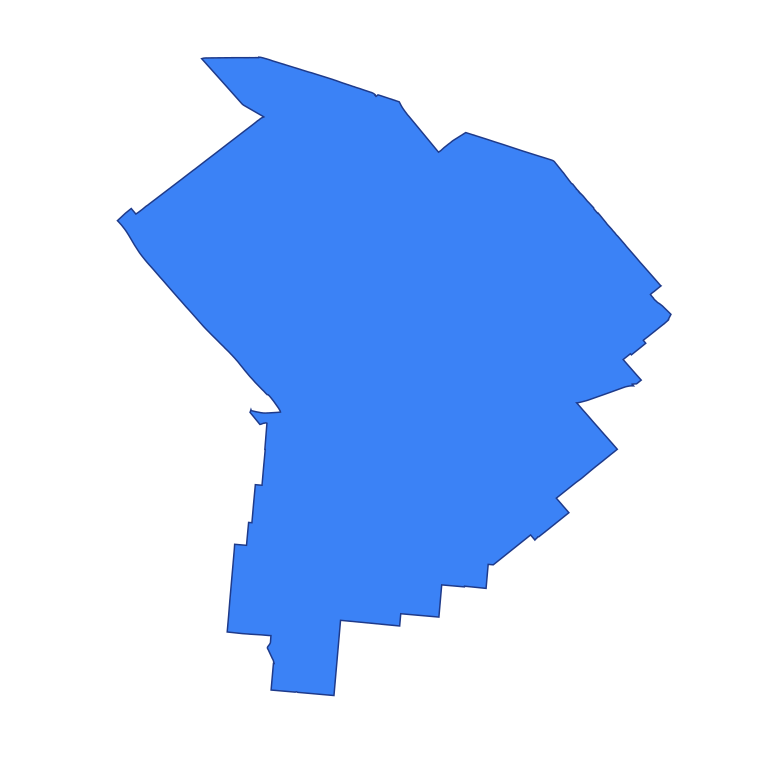 Gosnells, Western Australia, Australia, rotated 95°
{"feature_id": "25037944B22326870513085", "entity_name": "Gosnells", "entity_type": "district", "adm_level": 2, "iso_a3": "AUS", "parent_name": "Australia", "parent_adm1": "Western Australia", "projection": "natural_earth1", "projection_center": [115.98, -32.068], "detail": "fine", "context": "isolated", "style": "filled", "palette": "blue", "viewbox_px": 768, "rotation_deg": 95, "n_neighbors": 0, "source": "geoboundaries", "source_scale": "gbopen_adm2", "svg_char_len": 6031}
<svg xmlns="http://www.w3.org/2000/svg" viewBox="0 0 768 768"><g transform="rotate(95 384 384)"><path d="M698.7,460.9L698.7,454.2L698.7,445.5L698.2,444.6L698.7,443.0L698.7,435.6L698.7,406.7L668.1,406.7L652.1,406.7L650.1,406.7L644.5,406.7L636.8,406.7L623.2,406.7L623.7,347.3L611.4,347.3L611.4,309.0L605.5,309.0L579.1,309.0L579.1,290.0L579.1,286.2L578.4,286.2L578.7,264.5L554.6,264.5L554.6,259.4L521.6,224.8L526.3,220.1L525.8,219.8L524.7,218.8L523.8,218.0L523.5,217.8L522.9,217.5L522.8,216.6L516.4,209.8L512.0,205.2L496.1,188.6L482.7,202.4L475.2,194.5L465.2,184.0L461.2,179.4L452.1,170.3L447.5,165.6L446.5,164.5L444.4,162.3L441.3,159.0L439.8,157.5L435.2,152.7L434.6,152.1L428.7,145.9L420.5,154.4L418.9,156.1L415.3,159.9L411.5,163.9L410.5,164.9L402.4,173.4L400.8,175.0L395.9,180.1L395.5,180.5L392.2,184.0L391.0,185.2L388.0,188.3L386.0,190.4L385.9,189.7L385.2,187.2L384.5,185.2L383.8,183.3L383.1,181.3L382.3,179.3L382.2,179.1L381.2,176.9L377.1,167.9L375.8,165.0L372.6,158.0L366.8,145.5L366.4,144.6L366.0,143.7L365.6,142.7L365.3,141.7L365.0,140.7L364.7,139.7L364.5,138.7L364.3,137.7L364.2,136.5L364.1,135.3L363.3,136.2L362.6,136.8L362.4,136.1L361.8,132.4L360.5,131.0L357.7,128.1L353.0,133.1L348.3,138.0L343.5,143.0L338.8,147.9L332.4,141.2L333.4,140.1L326.9,133.3L324.9,131.2L320.9,127.1L320.6,126.8L317.9,129.5L317.6,129.3L312.8,124.1L312.5,123.8L303.9,114.8L299.1,109.7L295.4,106.2L295.1,106.1L295.0,106.4L294.5,106.2L291.8,105.1L289.6,104.2L282.0,113.4L280.1,116.3L279.0,118.5L277.5,120.4L277.2,120.7L276.9,121.3L276.2,122.0L275.5,122.8L275.3,123.0L274.9,123.1L274.2,123.9L272.6,125.5L271.6,126.4L270.6,125.5L269.4,124.3L268.4,123.1L264.3,118.9L262.1,116.6L261.9,117.0L256.5,122.6L256.2,122.9L241.4,138.4L241.1,138.8L236.6,143.3L233.6,146.4L225.7,154.6L225.3,155.0L224.9,155.3L216.4,164.0L215.1,165.6L213.2,167.3L211.3,169.4L209.9,170.7L205.4,175.6L203.7,177.1L200.1,180.6L196.7,183.9L195.0,185.7L195.3,186.0L193.9,187.5L191.2,190.2L190.2,190.5L185.7,195.5L184.0,197.5L180.1,201.3L179.3,202.1L177.1,204.7L176.7,205.2L176.9,205.3L175.5,206.8L175.3,206.6L173.6,208.5L173.4,208.7L173.3,208.9L173.3,209.2L173.0,209.2L172.8,209.3L172.6,209.5L170.3,211.7L168.4,213.5L167.9,214.7L165.5,216.9L161.1,220.9L160.3,221.6L157.8,223.8L157.2,224.5L152.3,229.2L150.9,230.5L148.8,232.6L148.4,232.9L148.0,233.3L147.6,233.7L147.0,234.6L146.6,235.6L146.3,236.6L144.8,243.3L143.6,248.9L139.7,266.5L139.6,266.9L137.0,277.9L135.2,285.5L135.1,285.9L133.3,294.0L131.1,303.4L126.4,324.5L135.1,336.0L136.1,337.2L137.0,338.1L138.0,339.1L139.5,340.8L140.2,341.5L141.8,343.2L143.2,344.7L145.4,346.7L146.6,347.8L147.8,349.3L148.3,349.9L123.1,374.7L114.9,382.8L113.7,384.1L112.3,385.3L110.9,386.6L109.5,387.8L108.2,388.9L106.8,390.0L105.1,391.2L102.4,392.9L101.6,393.4L100.8,396.8L97.1,412.3L96.5,415.2L97.8,416.6L98.2,417.0L97.4,417.8L97.1,418.2L96.6,418.0L95.8,419.2L95.3,420.2L94.7,421.8L94.4,423.3L93.6,426.6L93.4,427.5L92.9,429.6L92.3,432.0L91.9,433.5L91.6,434.9L91.1,437.3L90.9,438.1L90.4,439.9L90.3,440.7L89.4,444.2L89.3,444.8L89.1,445.4L88.9,446.4L88.3,448.9L88.0,450.1L87.8,451.1L87.2,453.4L85.9,458.3L85.6,459.7L85.1,461.6L83.2,470.1L81.5,477.9L80.3,483.2L79.8,486.2L78.7,491.2L75.6,505.5L72.6,519.4L71.8,523.2L71.7,523.6L71.3,525.0L70.9,526.7L70.7,527.7L70.2,530.1L70.1,530.9L69.7,532.7L69.6,533.5L69.4,534.7L69.3,535.6L69.3,536.6L69.3,537.3L69.8,537.3L70.6,546.0L70.6,546.3L70.6,546.6L70.7,546.9L71.8,559.8L74.4,586.5L74.6,588.1L74.7,589.7L74.8,590.4L75.1,592.1L75.6,593.5L75.8,594.0L81.6,587.8L86.1,583.0L101.4,566.7L117.0,550.2L117.3,549.9L117.9,549.1L118.4,548.3L118.8,547.5L126.3,531.4L128.1,527.5L128.4,527.0L128.7,527.5L129.0,528.1L129.2,528.5L129.5,528.9L129.8,529.4L130.0,529.7L130.2,529.9L130.4,530.2L130.7,530.5L131.6,531.4L131.9,531.7L132.4,532.3L132.7,532.8L134.3,534.4L137.6,537.9L142.5,543.3L150.1,551.6L150.4,551.9L154.8,556.7L159.0,561.3L160.5,562.9L169.8,573.0L177.0,580.9L186.7,591.4L187.7,592.6L202.2,608.4L209.2,616.1L225.4,633.9L226.1,634.6L226.7,635.3L227.3,636.1L227.6,636.5L231.1,640.0L234.6,643.9L236.3,646.0L233.5,648.8L231.2,651.1L236.3,656.4L244.5,663.8L245.9,662.2L247.4,660.6L248.5,659.4L251.1,657.0L252.6,655.6L253.9,654.5L255.5,653.2L256.5,652.5L257.6,651.6L259.7,650.1L267.4,644.6L272.8,640.4L274.7,638.9L276.6,637.2L277.5,636.4L281.6,632.5L283.5,630.6L286.0,628.0L288.2,625.6L294.6,619.0L297.5,616.0L299.9,613.4L303.7,609.5L311.5,601.4L317.8,594.8L318.9,593.6L319.2,593.3L321.1,591.3L324.1,588.2L326.0,586.1L330.5,581.3L338.7,572.7L342.4,568.8L344.8,566.1L345.9,564.8L349.5,560.6L351.5,558.2L353.9,555.3L355.9,552.9L357.8,550.7L359.5,548.6L360.7,547.1L362.0,545.7L364.1,543.1L365.0,542.0L366.2,540.6L367.4,539.3L368.4,538.1L369.5,536.9L371.5,534.7L372.8,533.4L373.8,532.3L375.1,531.0L376.5,529.7L378.2,528.1L379.2,527.1L382.6,523.9L383.6,522.9L384.6,521.9L385.4,521.1L385.6,520.9L386.5,520.0L388.2,518.3L389.2,517.2L390.1,516.2L391.3,514.9L393.7,512.4L396.1,509.6L397.4,508.1L398.0,507.4L398.6,506.7L399.5,505.7L400.4,504.6L401.6,503.1L402.9,501.7L403.8,500.7L404.4,499.9L404.8,499.5L404.8,498.5L405.9,497.1L407.2,495.8L410.7,492.5L417.2,487.0L420.0,485.0L421.0,484.7L421.6,487.9L422.3,492.7L422.9,496.6L423.1,498.3L423.3,499.6L423.4,501.7L423.3,504.5L423.1,505.8L422.9,508.2L422.4,511.8L422.1,513.9L421.2,514.3L423.3,514.8L423.9,515.0L424.1,514.8L435.1,504.1L434.8,503.1L433.6,500.6L433.5,499.9L433.0,498.4L433.3,497.2L433.7,497.2L459.3,497.0L459.6,497.0L459.6,496.6L475.5,496.7L478.4,496.7L495.5,496.7L495.5,503.4L498.1,503.4L516.0,503.5L533.7,503.5L533.7,506.8L551.1,506.9L556.7,506.9L556.7,518.8L562.3,518.7L567.9,518.7L578.7,518.7L591.3,518.7L604.8,518.7L614.3,518.7L628.4,518.6L638.3,518.6L644.7,518.6L644.8,513.5L645.0,503.3L644.9,498.0L644.9,495.6L644.6,484.5L644.6,477.2L644.5,474.7L644.8,474.7L650.4,474.6L651.2,474.6L651.9,474.7L652.6,475.0L653.3,475.3L653.6,475.5L656.0,477.0L656.4,477.1L656.9,477.2L657.3,477.1L657.7,476.9L658.1,476.7L658.4,476.4L667.4,471.2L668.4,470.5L669.5,470.0L670.1,469.8L672.0,469.1L672.0,469.8L698.7,469.8L698.7,460.9Z" fill="#3b82f6" stroke="#1e3a8a" stroke-width="1.5"/></g></svg>